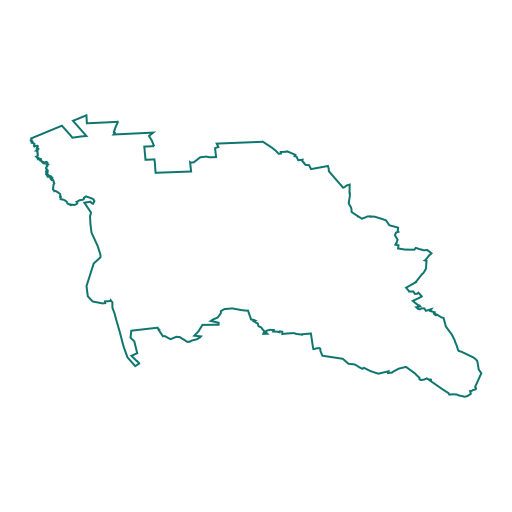 Valdgales pag., Talsi, Latvia
{"feature_id": "27541924B70707230241398", "entity_name": "Valdgales pag.", "entity_type": "district", "adm_level": 2, "iso_a3": "LVA", "parent_name": "Latvia", "parent_adm1": "Talsi", "projection": "natural_earth1", "projection_center": [22.377, 57.35], "detail": "fine", "context": "isolated", "style": "outline", "palette": "teal", "viewbox_px": 512, "rotation_deg": 0, "n_neighbors": 0, "source": "geoboundaries", "source_scale": "gbopen_adm2", "svg_char_len": 5880}
<svg xmlns="http://www.w3.org/2000/svg" viewBox="0 0 512 512"><path d="M413.2,291.4L411.7,291.6L409.2,291.5L409.2,291.3L406.1,287.7L415.8,282.2L415.6,282.0L416.3,281.4L422.2,273.9L422.5,273.8L423.2,273.2L424.4,271.5L426.0,268.5L426.5,260.8L424.9,260.4L425.5,260.0L429.6,254.9L430.8,254.1L431.5,253.3L427.1,249.9L425.0,250.3L422.8,250.2L421.8,249.6L421.0,249.6L415.8,247.9L414.4,249.7L405.3,249.6L398.1,248.5L398.5,245.3L395.4,244.7L396.2,243.1L396.5,243.1L397.6,239.7L394.9,235.3L396.0,232.6L398.4,231.8L397.7,230.8L398.1,227.8L397.7,227.5L389.4,225.3L386.0,220.4L382.6,219.1L374.3,216.6L370.6,216.7L370.6,216.3L367.3,216.5L365.5,217.4L361.8,218.7L358.5,216.5L358.1,216.6L358.0,216.3L351.6,212.0L351.5,209.4L351.1,207.7L348.7,203.4L349.9,195.4L349.9,193.4L349.5,193.3L349.7,184.6L346.6,185.5L344.7,187.0L343.1,187.7L328.9,171.3L328.7,168.7L327.9,166.0L311.1,169.1L309.0,165.1L305.5,164.9L303.6,162.7L303.8,162.6L302.3,161.1L302.6,159.7L298.2,160.2L296.5,156.6L294.6,156.2L295.3,154.8L287.0,151.3L286.7,151.7L280.8,152.0L281.0,153.5L278.7,153.8L275.6,150.6L271.8,147.6L262.6,141.6L262.3,141.8L216.7,143.6L218.4,147.0L215.2,148.1L215.1,148.7L216.1,157.1L209.8,157.3L206.2,156.6L200.2,157.3L193.8,162.3L190.6,162.7L190.1,162.3L191.1,171.5L155.6,172.8L155.0,165.3L155.1,164.9L154.4,159.4L145.5,159.8L144.3,146.6L153.2,146.2L153.3,145.6L153.8,145.4L151.9,140.8L149.0,135.9L153.2,132.6L113.6,134.5L114.8,132.9L113.9,132.4L114.4,130.9L114.2,130.9L115.6,127.0L117.8,122.3L117.6,121.7L116.5,121.9L86.9,123.3L86.4,115.3L73.0,120.8L86.4,136.0L80.8,136.5L72.4,137.7L70.4,135.2L61.9,125.7L31.2,138.4L31.6,140.0L30.7,140.4L30.8,140.9L31.4,141.3L32.5,141.6L32.4,141.9L31.7,142.5L31.7,142.8L33.2,143.1L34.4,143.7L34.4,144.2L33.9,145.9L34.1,146.4L34.3,146.5L34.9,146.0L37.2,145.8L37.6,145.9L37.8,146.2L36.7,148.3L36.7,148.7L37.2,148.9L38.1,148.5L38.4,148.7L38.4,148.9L36.3,150.6L37.6,150.7L37.6,151.0L37.2,151.7L37.7,152.7L37.7,153.0L37.5,153.5L37.7,153.8L37.6,154.4L37.9,155.0L37.5,155.4L37.3,156.5L36.3,156.7L37.1,157.6L37.8,157.7L37.6,158.4L38.0,159.3L38.5,159.3L38.6,158.6L38.8,158.3L39.3,158.5L39.8,158.9L40.6,158.8L41.0,159.0L40.9,159.9L40.0,159.8L40.1,160.4L40.5,160.8L41.6,161.0L41.8,161.8L42.7,161.9L42.8,162.5L43.5,162.2L43.8,162.3L43.5,162.9L43.8,163.4L44.8,163.5L44.9,163.3L44.9,162.4L45.4,162.1L46.7,162.0L46.8,162.1L46.2,162.3L46.2,162.5L46.3,162.6L46.9,162.4L47.4,162.9L47.2,163.7L48.1,164.4L46.7,165.1L46.8,165.3L47.3,165.5L47.4,165.9L47.0,166.1L46.9,166.7L46.4,167.0L46.1,167.6L46.0,168.2L47.1,169.6L46.5,169.6L46.4,169.8L46.7,170.2L46.5,171.0L47.1,171.2L47.1,171.5L47.6,171.4L47.6,171.8L46.5,171.7L46.1,171.9L46.3,172.2L46.9,172.3L46.7,172.7L46.9,173.0L46.3,173.1L46.1,174.2L46.9,175.1L47.4,174.8L48.0,174.7L48.2,174.9L47.6,175.3L48.2,175.9L47.5,176.3L47.8,176.7L48.2,176.5L48.6,176.7L48.9,176.4L49.6,176.9L49.9,176.7L50.1,176.1L50.7,176.1L51.0,176.5L50.5,177.1L51.2,177.5L52.0,177.5L52.4,177.7L52.2,178.6L50.8,179.0L51.9,180.2L52.1,180.2L53.2,180.2L53.8,181.5L53.6,182.2L54.3,183.5L53.5,184.7L53.0,189.5L54.3,190.6L54.3,191.2L55.7,191.0L58.3,192.6L60.2,194.1L60.3,194.8L60.1,197.0L60.8,197.0L60.6,199.2L63.6,199.7L65.8,201.0L66.9,202.0L67.4,203.4L68.3,204.0L70.3,204.4L70.0,204.8L70.9,205.2L72.5,204.7L73.9,205.0L75.3,204.7L76.3,204.2L77.2,203.4L77.3,203.0L77.2,202.0L76.8,201.8L79.7,200.2L83.0,199.7L84.0,198.7L84.0,197.7L86.1,196.4L92.4,198.7L93.6,199.5L93.9,200.7L94.4,201.2L93.0,203.8L91.6,203.1L90.4,201.7L84.4,202.7L91.0,212.6L90.1,216.1L90.1,217.5L90.4,222.8L90.3,223.1L91.5,232.6L97.5,245.6L100.4,254.5L100.5,257.3L93.7,263.5L86.5,286.1L87.8,296.3L92.7,301.5L102.5,303.4L105.2,303.1L105.0,301.4L110.5,301.0L110.7,300.3L112.4,302.4L112.4,307.8L114.5,313.2L116.3,320.1L119.6,331.4L123.6,346.6L127.5,357.4L135.2,366.1L139.2,363.5L139.1,363.2L137.0,361.0L136.8,361.1L131.4,355.8L137.2,353.2L134.3,341.4L130.5,337.7L131.3,330.7L157.6,327.7L158.3,328.8L159.4,329.8L159.3,330.6L159.1,330.6L163.0,336.3L164.9,336.1L169.1,338.5L170.7,339.1L176.4,336.8L180.1,337.2L182.4,338.9L184.2,339.8L186.4,341.4L187.8,342.0L189.2,341.5L189.7,341.5L189.9,341.7L191.3,340.7L197.1,339.2L200.2,337.2L200.9,336.4L194.3,335.7L198.6,331.2L202.4,324.9L218.6,324.7L218.6,322.7L210.8,321.0L212.9,319.6L217.7,317.5L220.8,313.3L220.9,311.1L224.4,309.1L232.2,308.4L241.5,310.1L245.7,310.6L248.0,310.6L251.1,319.5L253.7,319.9L255.3,320.6L253.9,321.3L254.9,321.8L256.1,322.8L257.8,323.5L258.2,325.6L258.4,326.0L259.3,326.6L261.1,327.3L262.7,329.5L264.3,331.2L264.4,331.6L263.5,333.1L263.3,333.9L267.3,333.7L265.5,332.0L266.3,330.8L270.1,329.8L273.8,330.1L273.2,331.5L277.6,331.7L279.5,332.3L279.7,331.4L281.7,331.6L282.3,331.8L282.3,334.0L286.7,333.5L294.1,333.1L296.0,333.9L301.7,334.6L301.6,334.3L310.9,333.5L313.0,347.4L313.4,349.1L314.7,349.0L316.2,348.4L319.6,348.1L320.4,349.0L320.3,350.0L320.5,351.2L322.4,355.7L342.8,358.8L348.5,363.8L354.4,364.4L356.3,365.3L359.4,367.3L362.5,368.8L363.9,367.8L370.7,371.2L378.3,373.7L388.5,371.3L388.1,373.0L392.0,372.6L393.1,371.7L398.6,368.7L406.0,366.9L415.2,373.6L416.6,375.2L419.5,377.8L419.4,379.2L420.7,380.0L424.2,379.6L426.7,378.4L428.3,379.4L430.9,379.6L431.0,380.4L430.3,380.8L443.1,389.7L448.5,393.1L449.3,394.6L452.8,394.3L456.8,394.5L459.0,395.5L463.4,396.4L463.9,396.7L465.2,396.6L467.4,396.1L470.7,394.0L470.8,393.5L470.1,391.1L471.5,391.0L472.8,390.1L474.9,389.6L475.9,389.0L476.0,388.2L475.1,386.9L481.3,373.3L478.7,369.4L477.9,364.5L477.2,360.8L474.5,358.2L472.7,357.1L461.1,351.6L458.8,351.0L458.1,350.2L456.7,345.6L454.9,341.3L454.7,340.3L451.9,334.7L445.8,326.4L443.6,318.0L441.4,317.4L437.2,314.7L436.0,315.3L434.8,314.5L435.2,313.9L434.0,313.5L434.7,312.3L430.2,311.0L431.4,309.1L425.9,310.8L424.3,308.4L421.6,308.4L419.9,309.3L418.4,309.1L416.3,307.3L420.2,306.4L419.5,305.5L417.8,305.0L412.8,300.9L419.1,297.9L421.7,296.6L421.8,296.4L418.4,292.7L417.3,293.7L414.9,293.9L413.2,291.4Z" fill="none" stroke="#0f766e" stroke-width="2"/></svg>